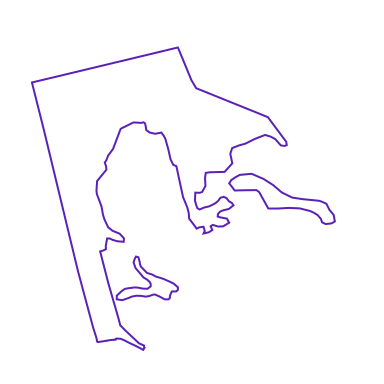 Al-Ganoub, Bur Sa`id, Egypt (Albers equal-area conic projection), rotated 168°
{"feature_id": "37247803B91562573257971", "entity_name": "Al-Ganoub", "entity_type": "district", "adm_level": 2, "iso_a3": "EGY", "parent_name": "Egypt", "parent_adm1": "Bur Sa`id", "projection": "albers", "projection_center": [32.225, 31.141], "detail": "fine", "context": "isolated", "style": "outline", "palette": "violet", "viewbox_px": 384, "rotation_deg": 168, "n_neighbors": 0, "source": "geoboundaries", "source_scale": "gbopen_adm2", "svg_char_len": 3083}
<svg xmlns="http://www.w3.org/2000/svg" viewBox="0 0 384 384"><g transform="rotate(168 192 192)"><path d="M325.8,332.4L324.0,284.2L320.0,138.5L316.9,79.9L316.0,71.0L315.8,68.5L315.8,67.8L315.8,66.8L315.7,65.9L315.8,65.7L316.0,65.5L315.9,65.4L315.6,65.2L315.2,64.8L314.8,64.7L312.7,64.6L308.8,64.4L306.7,64.4L306.3,64.1L305.5,64.1L304.9,64.3L303.3,64.2L301.4,64.0L299.7,63.8L299.7,63.7L299.4,63.6L298.4,63.7L298.2,63.5L297.9,63.5L297.6,63.6L297.2,63.5L297.0,63.8L296.8,64.3L296.5,64.4L292.2,63.2L289.9,61.6L288.0,60.2L287.0,59.3L284.3,57.1L279.5,53.5L278.5,52.7L274.3,49.3L273.3,48.5L273.1,48.0L272.6,47.7L271.0,49.4L271.2,49.5L270.9,51.8L275.3,55.0L279.5,61.1L285.4,69.5L289.9,76.5L290.2,83.7L292.8,120.1L294.2,153.0L291.0,153.2L288.1,154.0L287.6,157.0L284.7,164.2L282.3,163.7L279.6,161.7L275.2,159.3L269.2,157.5L268.2,160.8L271.5,166.3L277.8,170.6L281.4,175.0L283.4,183.8L283.8,188.6L283.5,196.5L285.5,209.9L285.1,213.5L282.5,222.5L275.6,228.0L271.1,231.6L270.7,234.8L271.2,239.0L269.4,240.6L266.5,245.0L260.3,250.5L248.6,268.7L234.8,272.2L227.4,270.2L224.8,270.2L223.7,268.9L223.6,266.1L223.9,262.2L221.1,259.0L215.9,256.6L209.6,256.5L208.0,253.0L207.0,249.6L206.3,238.6L206.2,228.6L204.7,222.5L201.9,220.5L201.9,206.0L201.8,188.8L199.8,177.8L199.6,171.7L200.3,166.5L196.7,158.9L195.1,155.2L192.3,155.9L188.0,155.6L187.6,151.3L189.3,149.0L183.9,149.1L180.0,150.6L180.9,154.6L178.5,155.5L173.7,152.8L168.7,151.9L162.0,154.3L163.4,158.7L169.8,161.4L172.0,162.7L171.2,165.0L169.0,166.8L166.4,167.5L159.3,167.8L154.2,170.4L155.3,173.0L157.9,175.4L159.3,178.6L161.9,180.7L165.5,180.4L168.2,177.9L171.4,176.2L177.9,174.4L183.5,174.3L188.1,173.3L190.2,175.1L190.6,178.5L190.9,182.8L188.9,190.7L184.6,189.6L182.1,189.9L177.6,195.1L176.4,202.7L174.6,207.8L170.4,207.6L165.2,206.6L155.9,204.9L146.6,211.7L146.6,221.4L143.6,226.6L136.4,227.8L129.6,228.2L120.2,230.7L114.5,231.7L108.6,232.6L103.7,229.9L99.6,226.5L95.4,219.1L91.9,217.8L89.6,218.1L89.4,221.5L102.2,249.4L140.6,275.3L166.3,292.6L169.3,301.4L175.0,332.5L175.8,336.3L325.8,332.4ZM146.1,197.5L150.9,195.6L153.8,192.8L149.9,184.6L137.2,182.2L128.5,180.4L126.3,177.9L120.8,160.0L111.6,158.0L100.6,156.3L90.1,153.6L80.5,148.9L77.0,146.3L73.9,143.3L71.5,138.9L71.1,135.3L67.8,132.8L61.9,132.3L58.4,133.5L58.2,140.1L61.3,146.0L63.0,152.6L67.4,155.8L69.8,157.1L85.3,162.0L95.1,165.7L104.2,172.8L111.1,181.8L119.2,189.8L129.9,197.4L141.7,198.8L146.1,197.5ZM245.6,96.6L240.9,92.6L237.1,91.9L235.5,93.2L235.3,94.8L234.0,96.8L232.4,98.9L228.3,98.0L226.2,99.1L225.6,101.7L228.7,105.9L232.0,108.6L237.5,112.6L240.3,114.3L244.8,116.7L248.4,119.8L252.8,122.1L255.6,126.6L257.5,129.6L257.9,132.3L257.7,134.7L257.9,137.7L258.0,139.3L260.2,140.5L262.0,138.4L263.8,135.2L263.0,129.2L260.4,124.5L257.3,118.6L254.0,115.5L252.1,112.8L251.5,110.7L252.1,108.2L255.7,106.6L260.4,107.8L264.7,109.7L268.1,110.6L274.6,111.1L277.7,111.2L281.0,109.9L285.2,107.4L287.1,106.3L287.9,102.7L282.7,100.7L276.8,101.4L272.4,102.2L268.1,102.1L263.5,101.0L259.1,99.3L255.6,99.1L251.3,99.7L249.5,99.4L245.6,96.6Z" fill="none" stroke="#5b21b6" stroke-width="2"/></g></svg>